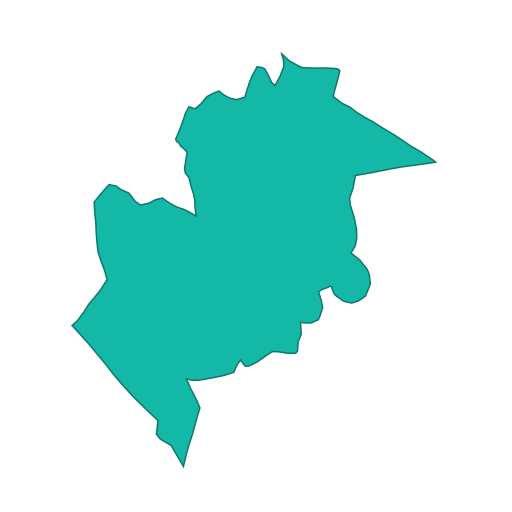 Al-Shatra, Dhi-Qar, Iraq, rotated 170°
{"feature_id": "34846034B98077762120905", "entity_name": "Al-Shatra", "entity_type": "district", "adm_level": 2, "iso_a3": "IRQ", "parent_name": "Iraq", "parent_adm1": "Dhi-Qar", "projection": "robinson", "projection_center": [46.274, 31.405], "detail": "fine", "context": "isolated", "style": "filled", "palette": "teal", "viewbox_px": 512, "rotation_deg": 170, "n_neighbors": 0, "source": "geoboundaries", "source_scale": "gbopen_adm2", "svg_char_len": 2361}
<svg xmlns="http://www.w3.org/2000/svg" viewBox="0 0 512 512"><g transform="rotate(170 256 256)"><path d="M364.0,61.3L359.8,71.2L356.0,79.3L349.2,92.2L342.7,106.0L337.6,116.1L339.7,125.0L343.4,136.8L345.8,146.9L340.4,144.8L334.6,143.6L326.7,143.6L318.9,143.6L307.6,144.0L298.1,145.3L293.3,152.5L289.2,156.2L285.8,149.3L282.0,148.9L273.5,151.3L265.7,155.0L265.0,155.4L258.4,158.2L256.4,159.0L250.6,157.8L241.4,154.6L233.9,153.3L231.5,155.4L229.5,163.9L225.0,171.1L223.7,182.9L218.2,181.3L213.1,180.5L205.6,182.5L203.5,185.7L199.4,193.4L199.4,199.5L200.5,210.0L196.7,211.6L190.3,212.7L189.6,213.1L188.5,213.7L187.0,212.4L186.5,209.2L185.4,204.9L183.4,202.1L180.7,199.5L177.6,196.2L169.8,193.0L162.2,194.2L155.4,197.4L152.3,201.9L148.2,208.8L147.6,218.1L148.9,223.7L152.3,229.9L154.4,233.9L161.9,242.4L156.4,248.8L153.7,256.1L152.3,265.0L152.6,276.8L154.3,290.1L153.7,297.0L148.9,305.5L144.1,318.0L141.0,318.0L127.3,318.0L109.2,318.4L97.0,318.4L77.5,317.6L62.8,317.2L64.8,319.6L69.6,324.1L75.4,329.8L84.0,337.0L91.5,344.3L99.4,351.8L104.7,356.3L111.4,362.1L117.8,368.1L124.4,373.3L131.6,379.7L137.5,386.1L145.2,391.8L152.1,399.4L151.1,402.7L147.7,409.7L144.4,416.7L141.3,424.0L143.1,426.1L147.2,427.3L154.9,429.1L166.4,431.0L178.2,433.7L183.1,437.3L189.5,442.5L195.6,450.7L195.6,450.4L194.9,444.6L195.6,437.9L201.3,428.5L207.7,420.6L210.5,424.3L212.3,431.3L214.9,438.9L217.2,440.4L222.0,442.2L228.5,434.0L232.3,428.2L236.4,420.3L239.5,414.3L247.9,413.4L254.6,416.1L260.2,420.6L263.8,424.9L269.7,423.7L276.4,421.6L284.1,415.2L290.5,411.5L296.1,414.6L300.7,408.8L304.3,402.1L307.6,396.4L311.5,390.0L314.8,385.1L314.4,382.7L312.5,381.2L310.8,376.8L309.4,375.4L305.8,370.3L308.9,361.2L311.2,354.5L311.2,349.9L308.4,344.8L307.9,336.3L307.4,332.5L306.8,328.4L306.6,321.1L307.6,315.0L307.9,305.9L312.0,309.0L317.9,313.8L326.1,318.4L333.0,324.1L338.1,329.3L344.5,329.0L352.7,326.6L360.9,326.3L365.5,330.8L370.1,339.9L377.8,345.1L381.7,349.3L388.3,351.8L393.9,347.5L399.3,343.0L406.0,337.2L407.3,326.3L408.0,316.3L409.3,306.8L410.3,296.5L410.8,287.1L409.8,279.5L407.7,268.6L406.7,258.6L414.6,250.1L421.3,244.0L429.2,237.4L435.3,230.7L443.3,223.1L449.2,219.5L435.5,197.7L423.1,175.9L415.8,162.2L411.9,155.6L410.6,153.5L402.1,139.9L388.4,120.6L381.1,111.0L385.0,97.8L382.0,92.2L372.5,84.1L367.8,71.5L364.0,61.3Z" fill="#14b8a6" stroke="#0f766e" stroke-width="1.5"/></g></svg>